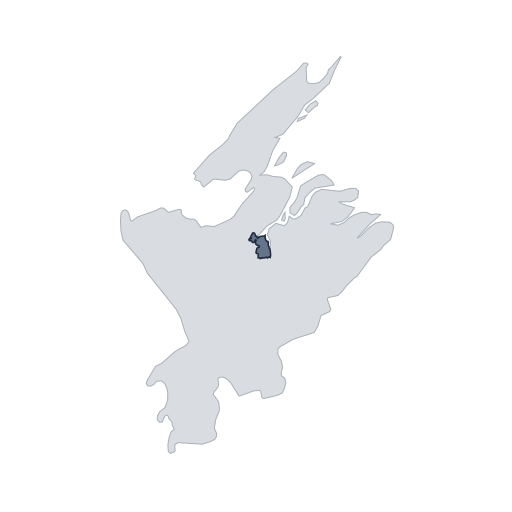 Munshiganj, Dhaka, Bangladesh shown in context, rotated 233°
{"feature_id": "16705992B99884694518333", "entity_name": "Munshiganj", "entity_type": "district", "adm_level": 2, "iso_a3": "BGD", "parent_name": "Bangladesh", "parent_adm1": "Dhaka", "projection": "natural_earth1", "projection_center": [90.458, 23.527], "detail": "fine", "context": "in_parent", "style": "filled", "palette": "slate", "viewbox_px": 512, "rotation_deg": 233, "n_neighbors": 0, "source": "geoboundaries", "source_scale": "gbopen_adm2", "svg_char_len": 7877}
<svg xmlns="http://www.w3.org/2000/svg" viewBox="0 0 512 512"><g transform="rotate(233 256 256)"><path d="M186.0,359.2L185.9,347.4L178.9,324.2L179.3,321.6L177.8,310.5L176.1,304.3L175.2,297.7L179.5,288.2L177.8,286.6L168.4,283.7L167.3,281.3L169.3,272.0L162.6,263.1L160.0,256.5L167.2,235.2L169.1,220.4L168.6,217.5L164.2,214.2L156.4,212.9L150.9,210.1L147.7,205.9L145.0,204.2L141.6,205.5L137.3,203.8L133.7,199.7L130.7,194.6L131.9,189.1L137.7,176.0L139.8,175.6L144.7,178.1L146.5,178.1L149.7,172.9L154.3,158.2L170.1,159.5L173.8,159.0L177.8,157.8L179.9,155.9L181.1,153.6L180.7,151.5L175.9,148.8L174.1,146.7L172.7,140.8L171.3,138.6L161.8,138.3L156.9,135.5L154.2,133.1L149.4,125.1L143.5,119.1L137.8,117.7L135.6,115.8L134.4,112.7L135.1,108.3L138.1,99.8L153.8,81.5L154.2,79.4L153.6,77.1L149.0,74.1L148.7,72.7L150.0,68.8L152.6,68.3L158.0,71.8L163.5,77.5L166.7,82.5L166.8,86.5L171.1,87.3L174.7,89.1L178.4,88.5L180.8,89.5L182.4,89.2L183.0,86.9L179.9,81.1L181.4,78.7L185.0,78.8L187.6,81.0L189.5,85.4L189.8,92.3L194.0,98.6L199.5,103.0L203.9,105.1L209.1,106.5L213.6,105.1L215.8,100.8L214.8,96.9L215.6,93.4L217.4,91.4L220.2,91.6L222.2,94.3L228.3,109.3L227.1,115.9L228.4,134.0L226.8,146.0L227.8,150.6L228.8,151.4L238.1,153.6L251.4,158.4L261.6,160.2L307.8,158.9L317.9,161.2L348.8,159.4L357.2,163.2L366.3,169.4L371.5,174.1L372.4,176.7L371.8,179.0L370.1,180.2L367.0,180.2L359.7,177.2L358.5,178.1L358.4,185.3L352.6,203.3L351.7,208.9L349.7,211.1L343.6,212.2L339.6,222.7L337.9,224.0L333.9,221.7L331.4,222.1L328.3,223.0L325.2,225.4L323.0,228.5L320.6,229.5L311.9,229.3L310.3,234.2L304.6,240.5L300.8,257.4L301.1,262.6L305.9,276.0L309.2,293.5L310.5,295.3L312.1,295.5L312.2,287.4L313.8,286.4L315.8,287.3L319.9,298.1L322.2,300.8L325.8,301.6L329.9,300.0L332.9,296.8L334.2,293.4L333.1,281.6L335.0,276.9L342.0,269.7L343.0,267.5L342.5,255.8L345.2,255.4L348.8,256.3L353.3,253.5L354.6,253.4L356.5,256.4L359.7,255.9L364.6,279.3L365.0,295.8L366.2,304.9L367.9,307.0L373.3,320.7L378.5,369.1L379.2,399.8L381.3,410.2L379.6,412.6L377.8,413.0L376.2,409.3L364.8,401.5L362.0,402.3L358.2,406.9L356.6,411.1L357.3,417.0L358.6,422.8L361.3,426.1L361.5,429.8L364.6,443.6L363.7,443.7L357.5,431.1L349.9,418.7L347.4,396.6L347.2,385.7L342.0,372.8L337.1,350.4L339.2,342.5L335.6,345.9L329.9,332.4L321.0,319.3L318.4,313.4L318.2,307.8L314.4,313.5L309.2,317.5L303.9,323.5L300.4,325.3L289.2,326.5L282.7,318.4L273.4,298.6L272.2,294.2L273.4,282.6L271.2,271.6L270.6,261.9L268.9,262.8L268.3,265.4L268.6,269.5L267.9,272.9L252.4,270.7L259.0,276.5L266.1,277.8L269.9,283.0L270.1,291.6L263.1,296.8L263.7,301.2L267.8,306.5L262.8,308.0L261.5,311.5L261.4,316.4L264.8,324.0L264.2,327.0L270.1,336.9L271.2,341.7L269.8,348.4L257.1,362.1L253.4,371.7L250.2,376.2L246.3,377.1L241.5,372.5L241.5,367.8L242.5,364.1L249.1,355.0L245.5,356.3L235.2,363.7L233.2,357.7L231.9,352.1L231.9,345.2L236.9,334.9L231.2,340.0L229.7,346.4L230.4,354.0L229.6,359.3L227.4,366.3L224.4,370.5L219.5,373.1L217.4,377.3L214.1,380.3L213.0,366.3L209.5,347.3L208.8,351.4L210.5,363.1L210.4,370.8L207.8,376.8L202.4,383.3L198.3,384.2L195.9,383.2L188.3,373.5L187.6,364.2L186.0,359.2ZM280.0,359.4L270.6,361.7L265.7,361.0L274.7,343.9L274.4,336.3L273.0,330.1L268.4,325.1L268.2,321.6L266.1,316.7L265.1,311.0L270.2,309.2L274.3,312.4L275.8,318.9L277.8,323.7L285.0,333.7L284.8,339.9L282.9,354.8L280.0,359.4ZM300.4,353.8L294.6,358.4L296.5,331.5L300.8,341.5L301.9,346.8L300.4,353.8ZM322.5,340.4L320.0,342.3L317.6,340.6L314.5,334.3L316.0,326.3L317.0,325.2L320.6,333.4L322.5,340.4ZM344.0,397.1L340.7,397.4L339.1,395.5L339.8,392.8L338.9,384.1L343.1,383.2L344.7,390.5L344.0,397.1ZM340.3,372.8L337.9,381.4L336.9,377.5L338.6,369.9L340.3,372.8ZM272.6,302.7L273.6,305.5L268.3,301.9L266.9,299.3L269.3,298.0L272.6,302.7Z" fill="#d9dde1" stroke="#a8b0b8" stroke-width="1"/><path d="M275.1,268.3L275.3,268.2L275.9,267.9L276.0,267.8L276.2,267.7L276.3,267.5L276.4,267.3L276.4,267.1L276.4,266.9L276.3,266.7L276.2,266.6L275.9,266.4L275.8,266.2L275.6,265.6L275.2,264.8L275.2,264.6L275.1,264.4L275.1,264.2L274.8,263.9L274.7,263.8L274.7,263.7L274.4,263.4L274.1,263.2L273.6,263.1L273.3,263.1L273.2,263.1L272.9,262.9L272.8,262.7L272.8,262.3L272.9,262.1L273.0,262.0L273.2,261.9L273.4,262.0L273.5,262.0L273.9,262.1L274.0,262.1L274.0,261.9L273.9,261.6L273.5,260.8L273.5,260.5L273.4,260.3L273.2,260.0L272.7,260.2L272.3,260.2L272.2,260.1L271.8,260.4L271.8,260.5L271.7,260.5L271.4,260.9L271.2,261.1L270.8,261.3L270.5,261.4L270.3,261.4L270.0,261.4L269.5,261.4L268.9,261.5L268.7,261.6L268.4,261.8L268.2,262.0L268.1,262.4L268.1,262.6L268.1,263.0L268.2,263.3L268.3,263.4L268.4,263.6L268.5,263.7L268.6,264.0L268.8,264.3L269.0,264.6L269.2,265.1L269.2,265.3L269.2,265.5L268.9,265.6L268.7,265.6L268.4,265.6L268.4,265.4L268.3,265.2L268.2,265.1L268.0,264.8L267.7,264.3L267.4,263.9L267.2,263.8L267.0,263.7L266.9,263.7L266.7,263.6L266.3,263.4L266.2,263.2L265.9,263.1L265.4,263.0L265.0,263.1L264.8,263.1L264.7,263.1L264.1,263.3L263.7,263.4L263.6,263.5L263.3,263.8L262.9,264.2L262.7,264.4L262.6,264.5L262.4,264.5L262.1,264.6L261.9,264.5L261.8,264.4L261.5,264.2L261.4,264.0L261.2,263.8L261.1,263.5L261.1,263.4L261.4,263.0L261.6,262.8L261.7,262.6L261.7,262.3L261.7,262.2L261.7,261.8L261.6,261.5L261.3,261.0L261.1,260.8L261.1,260.7L260.8,260.4L260.6,260.0L260.2,259.7L260.0,259.3L259.8,259.2L259.5,258.8L259.4,258.7L259.2,258.6L259.0,258.2L258.7,258.0L258.1,258.0L257.8,257.9L257.6,258.0L257.1,258.7L257.0,258.8L256.8,258.9L256.6,259.0L256.2,258.9L255.8,258.7L255.6,258.5L255.4,258.4L255.3,258.1L254.9,257.8L254.7,257.6L254.3,257.3L253.7,256.9L253.3,256.5L253.1,256.7L252.9,257.0L252.7,257.2L252.6,257.3L252.5,257.6L252.4,257.7L252.3,257.9L252.2,257.9L252.1,257.7L251.5,257.9L251.4,257.8L251.2,258.0L251.2,258.3L251.2,258.5L251.2,258.9L251.2,259.0L250.9,259.2L250.8,259.3L250.7,259.4L250.6,259.5L250.6,259.8L250.6,260.0L250.4,260.0L250.1,260.3L250.0,260.5L250.0,260.9L250.0,261.0L250.0,261.3L249.9,261.4L249.8,261.6L249.7,261.7L249.4,261.9L249.2,261.9L249.2,262.0L249.1,262.3L249.0,262.5L248.9,262.7L248.9,262.8L249.0,263.0L248.9,263.4L248.9,263.5L248.4,263.8L248.2,264.0L248.1,263.9L247.9,263.8L247.6,264.2L247.4,264.2L247.4,264.3L247.4,264.5L247.6,264.6L247.6,264.8L247.6,265.0L247.6,265.3L247.4,265.5L247.4,265.8L247.3,266.1L247.2,266.2L246.9,266.1L246.7,266.3L246.3,266.4L246.6,266.8L246.8,267.0L247.3,267.7L247.6,268.0L247.8,268.1L248.0,268.2L248.3,268.4L248.9,268.9L249.6,269.3L250.1,269.6L250.4,269.8L250.6,269.9L250.9,270.1L251.0,270.2L251.1,270.3L251.6,270.5L251.8,270.6L252.0,270.7L252.4,271.0L252.8,271.2L253.0,271.3L253.3,271.4L253.5,271.3L253.7,271.2L254.0,271.0L254.5,271.2L254.7,271.4L254.8,271.6L255.0,271.8L255.6,272.0L255.8,272.0L256.1,272.1L256.8,272.2L257.3,272.4L257.6,272.6L257.9,272.8L258.0,272.9L258.3,273.1L258.5,273.2L258.8,273.3L258.9,273.6L259.0,273.6L259.3,273.7L259.3,273.8L259.5,273.9L259.5,274.0L259.6,274.3L259.8,274.3L259.9,274.1L260.0,274.0L260.4,274.2L260.6,274.3L260.7,274.2L260.7,273.9L260.9,273.8L261.0,273.9L261.3,273.7L261.1,273.5L261.1,273.4L261.5,273.3L261.8,273.3L262.1,273.3L262.8,273.5L263.1,273.6L263.3,273.6L263.8,273.8L264.0,274.0L264.5,274.1L264.8,274.0L265.0,274.2L265.2,274.4L265.3,274.4L265.4,274.5L265.5,274.6L265.8,274.9L266.5,275.3L266.8,275.5L267.0,275.7L267.0,275.1L267.0,274.9L267.1,274.6L267.2,274.4L267.3,274.2L267.4,273.9L267.5,273.8L267.6,273.7L267.8,273.2L268.0,273.0L268.1,272.9L268.4,272.4L268.5,272.2L268.7,271.9L268.9,271.7L269.0,271.2L269.2,270.4L269.1,270.0L269.1,269.8L269.1,269.7L269.4,269.7L269.4,269.4L269.5,269.3L269.5,269.1L269.4,268.9L269.1,268.8L269.1,268.7L269.0,268.3L269.0,268.1L269.4,268.1L269.6,268.1L269.8,268.2L270.0,268.1L270.4,268.0L270.5,268.0L270.6,268.3L270.8,268.4L271.0,268.5L271.1,268.4L271.3,268.4L271.6,268.3L271.8,268.1L271.9,267.9L272.0,267.7L272.4,267.6L272.6,267.6L272.8,267.6L273.0,267.8L273.3,268.0L273.7,268.2L273.9,268.3L274.1,268.4L274.5,268.5L274.8,268.5L275.1,268.5L275.1,268.3Z" fill="#64748b" stroke="#1e293b" stroke-width="1.5"/></g></svg>